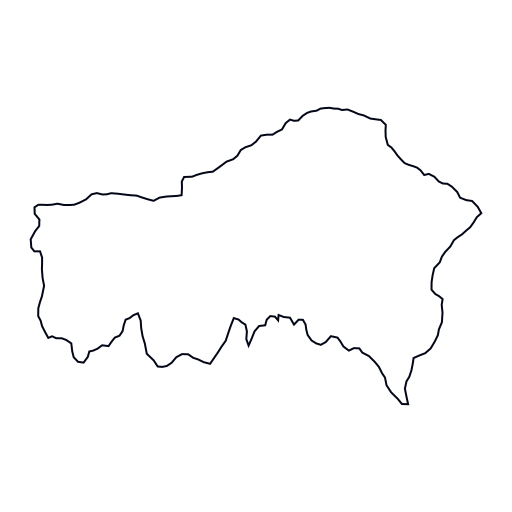 the district of Santa Rita do Sapucaí, Minas Gerais, Brazil
{"feature_id": "56859067B96390567853890", "entity_name": "Santa Rita do Sapucaí", "entity_type": "district", "adm_level": 2, "iso_a3": "BRA", "parent_name": "Brazil", "parent_adm1": "Minas Gerais", "projection": "equal_earth", "projection_center": [-45.688, -22.24], "detail": "fine", "context": "isolated", "style": "outline", "palette": "ink", "viewbox_px": 512, "rotation_deg": 0, "n_neighbors": 0, "source": "geoboundaries", "source_scale": "gbopen_adm2", "svg_char_len": 3031}
<svg xmlns="http://www.w3.org/2000/svg" viewBox="0 0 512 512"><path d="M294.0,324.6L298.6,319.7L302.9,319.8L305.6,324.6L306.3,329.8L307.7,335.1L311.6,340.5L316.2,343.4L320.8,344.8L325.7,342.1L330.9,336.2L337.5,337.6L340.5,341.6L343.4,346.5L348.9,350.6L354.0,348.1L359.3,348.4L362.3,352.6L369.0,356.1L374.9,362.0L378.9,366.9L382.1,373.3L385.0,377.6L386.5,385.2L391.2,392.4L397.7,398.8L401.9,404.0L408.1,404.2L406.4,396.3L404.9,388.6L406.5,381.3L409.3,376.8L411.4,370.5L412.7,364.0L413.6,358.0L419.3,355.5L425.2,353.2L430.7,348.4L434.9,341.3L437.9,335.1L438.9,329.4L441.9,322.3L442.5,312.7L441.7,304.8L442.6,299.1L439.1,296.2L435.3,294.0L431.5,289.7L431.6,282.1L432.6,275.3L434.2,268.2L439.8,262.3L441.9,256.6L445.3,251.8L450.4,246.4L453.9,240.2L457.4,237.4L462.2,234.2L466.5,230.3L470.2,227.2L473.5,222.6L476.8,217.2L481.3,213.2L477.7,206.8L472.1,201.0L466.2,200.1L460.1,197.7L457.2,192.0L451.9,186.7L447.4,183.8L442.8,183.5L438.8,181.5L434.3,176.7L428.8,173.9L424.2,175.0L420.6,170.4L417.2,167.7L413.0,166.1L408.6,164.8L404.6,163.1L400.7,159.1L397.4,155.4L394.6,151.4L391.4,147.5L387.8,144.9L385.7,137.0L385.5,130.8L385.8,124.8L380.9,120.0L370.5,118.6L363.7,115.4L358.3,114.0L353.4,111.8L347.5,109.5L342.0,110.0L338.0,108.7L334.0,108.6L329.5,107.8L324.6,108.1L320.5,108.6L316.6,110.7L311.1,111.5L307.1,112.9L302.7,115.8L298.2,120.5L294.0,120.8L290.0,119.6L285.7,123.1L282.0,129.4L276.9,131.9L272.5,134.7L266.8,134.7L260.9,135.6L256.0,141.6L251.3,145.3L245.5,147.2L240.8,150.0L237.4,155.7L233.2,159.2L226.4,161.7L221.3,165.6L217.0,168.7L212.8,171.7L207.8,172.2L202.1,173.3L196.4,175.0L192.1,176.7L184.1,177.0L181.8,181.5L182.0,187.4L181.6,195.2L177.2,195.9L172.1,196.2L166.7,196.5L159.6,197.6L153.6,200.8L148.2,199.4L142.4,197.6L136.6,195.6L130.2,195.2L124.1,194.5L117.6,193.7L111.2,193.2L106.8,194.3L102.6,194.5L96.8,193.1L91.6,194.3L86.0,199.4L79.5,202.7L74.2,204.7L70.2,205.0L63.9,205.0L57.5,203.7L52.0,204.7L46.9,205.0L42.9,204.8L38.3,204.8L34.5,207.3L34.7,213.8L39.4,219.5L39.2,226.0L35.2,231.1L30.7,239.3L31.3,247.5L34.3,251.3L40.0,251.3L42.1,257.5L42.1,263.1L41.9,269.1L42.6,278.1L44.1,285.8L43.0,291.1L41.9,296.5L40.0,302.0L38.3,308.3L38.2,316.1L40.6,320.6L42.1,326.2L45.2,332.3L48.3,337.9L52.1,336.3L56.1,338.2L61.8,338.3L66.1,339.9L71.3,343.4L72.2,351.2L73.7,357.2L78.0,361.8L83.6,362.6L87.8,356.9L89.3,351.5L93.2,350.6L97.5,348.7L102.1,345.3L108.5,346.1L111.8,341.4L114.8,337.6L119.5,335.7L122.6,331.1L123.7,325.5L125.6,319.7L129.6,318.1L133.2,315.3L137.9,313.3L140.7,320.6L141.2,328.2L142.6,336.3L144.8,343.4L146.8,353.8L153.7,360.4L157.7,366.5L162.2,366.9L166.8,366.0L171.6,362.8L176.3,357.2L182.1,354.1L188.2,354.3L193.2,357.8L198.3,359.5L203.8,362.2L210.1,363.8L214.2,357.8L218.0,352.3L221.5,346.7L225.7,340.8L228.3,332.9L230.6,326.2L233.8,318.1L238.5,319.5L241.8,322.4L245.4,324.6L246.9,331.4L246.3,339.1L248.6,345.6L251.7,338.5L254.5,331.4L259.1,326.0L265.2,325.3L266.7,319.7L270.3,316.1L274.9,316.6L278.1,320.3L278.6,315.0L283.7,317.0L290.0,317.7L294.0,324.6Z" fill="none" stroke="#020617" stroke-width="2"/></svg>